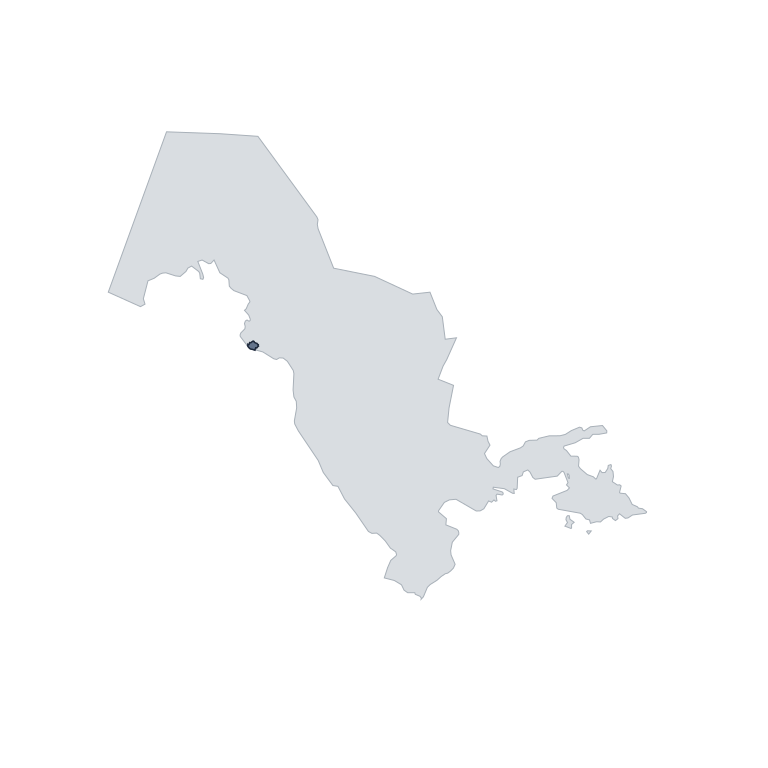 Yangiarik, Khorezm, Uzbekistan shown in context, rotated 20°
{"feature_id": "79887680B98987238414073", "entity_name": "Yangiarik", "entity_type": "district", "adm_level": 2, "iso_a3": "UZB", "parent_name": "Uzbekistan", "parent_adm1": "Khorezm", "projection": "mercator", "projection_center": [60.528, 41.31], "detail": "fine", "context": "in_parent", "style": "filled", "palette": "slate", "viewbox_px": 768, "rotation_deg": 20, "n_neighbors": 0, "source": "geoboundaries", "source_scale": "gbopen_adm2", "svg_char_len": 4265}
<svg xmlns="http://www.w3.org/2000/svg" viewBox="0 0 768 768"><g transform="rotate(20 384 384)"><path d="M592.6,353.6L603.5,348.3L609.4,351.8L610.0,353.8L603.3,357.7L597.4,359.9L595.6,364.8L589.7,366.9L583.8,373.8L574.5,380.7L574.4,382.2L575.2,383.3L578.2,384.1L584.3,387.9L590.2,385.8L591.7,386.2L593.2,388.5L594.9,394.7L597.5,396.4L606.0,399.6L612.4,399.6L615.5,400.9L616.1,400.4L616.5,391.1L619.2,392.7L622.1,391.5L623.2,386.9L622.6,383.8L624.8,382.1L625.8,383.3L626.0,386.0L629.1,387.9L631.3,392.5L632.0,397.7L637.9,399.1L640.0,398.1L641.7,398.7L642.4,405.3L643.3,405.8L648.4,404.5L653.2,407.3L658.4,412.3L664.2,412.7L665.5,413.6L669.6,412.8L674.4,414.2L674.6,415.0L673.8,416.1L662.3,422.1L659.1,426.4L656.6,427.7L649.7,425.4L648.6,428.0L649.9,430.5L648.2,433.2L644.7,432.2L644.0,430.9L640.5,431.6L636.5,435.9L634.6,439.6L630.9,440.7L625.7,444.3L623.6,441.4L619.9,441.8L615.0,438.8L612.6,438.3L590.5,442.1L588.8,441.5L586.4,436.6L581.0,434.0L581.1,431.5L592.5,421.3L593.8,418.2L590.0,416.4L590.6,413.7L583.3,405.4L582.0,404.9L581.0,405.2L578.3,411.3L558.6,421.8L555.8,420.9L551.4,416.9L548.5,415.6L545.0,418.9L545.1,422.8L541.5,425.9L544.8,436.5L544.5,437.9L541.9,438.3L543.8,442.3L542.2,442.7L532.9,441.2L522.0,443.6L522.3,445.3L532.0,445.0L533.3,445.7L533.6,447.1L533.0,447.9L527.9,448.8L527.4,450.4L530.1,455.1L528.8,456.1L527.0,455.3L525.5,458.3L522.3,458.1L520.5,467.1L517.8,470.3L514.1,471.8L491.1,467.7L485.1,470.5L481.2,474.6L478.6,484.4L478.9,485.5L488.7,489.2L490.3,495.2L502.1,495.6L504.1,496.6L505.1,498.1L505.7,499.7L502.3,509.3L503.6,517.8L505.5,521.7L512.5,529.1L512.2,533.2L510.6,536.8L508.6,539.9L506.5,541.3L503.6,545.3L501.0,550.2L496.0,556.6L494.3,560.2L493.8,570.5L492.5,573.6L492.3,572.4L490.5,571.2L485.3,570.9L484.3,569.6L477.6,572.0L473.4,570.9L469.1,566.7L460.9,565.1L450.6,566.1L450.2,555.4L450.7,547.4L454.2,541.1L454.1,539.9L452.4,537.7L446.1,536.0L438.8,531.0L431.9,527.7L428.1,526.6L423.7,528.5L419.8,527.9L401.6,514.9L386.2,505.5L375.7,495.9L370.7,496.9L357.2,487.9L348.4,478.4L319.5,457.3L313.8,452.1L312.4,449.4L310.1,436.3L307.5,430.3L303.8,427.0L300.6,420.7L295.8,405.1L294.1,402.3L285.4,395.7L280.4,394.1L276.7,395.2L274.7,397.7L271.8,398.0L259.1,395.3L245.1,396.5L232.7,388.5L232.0,387.2L232.0,385.0L234.4,379.7L233.9,377.4L232.2,374.9L232.2,372.2L233.4,370.7L235.7,371.2L236.5,370.2L236.2,368.8L233.3,365.5L227.7,362.5L228.8,360.4L229.1,355.3L229.9,352.6L229.2,351.6L224.9,347.8L211.1,347.6L207.8,346.5L205.2,345.0L202.6,339.2L201.2,337.9L191.7,335.6L181.9,325.6L180.0,330.0L178.1,330.9L170.7,329.7L167.1,332.5L176.1,342.7L178.1,345.7L178.0,347.6L175.4,347.9L173.0,343.0L171.5,341.7L162.9,339.0L160.1,342.1L159.4,346.0L155.7,352.6L151.3,353.7L141.0,354.1L137.9,355.6L135.8,357.4L131.9,363.2L126.9,367.8L128.7,386.2L132.1,390.7L128.7,394.6L93.5,392.0L93.4,221.4L144.3,204.9L180.8,194.4L263.8,250.0L265.8,252.2L266.8,256.9L269.0,260.7L297.1,292.4L338.3,286.1L380.2,289.7L395.8,282.0L408.2,295.9L415.8,300.9L426.2,321.0L436.3,315.8L434.6,339.6L433.4,346.9L433.2,361.0L449.8,361.5L453.3,384.2L456.9,398.4L460.5,400.1L491.7,398.1L494.0,399.1L498.5,397.7L501.3,402.2L504.5,405.2L502.2,415.0L506.1,418.9L514.7,423.5L520.0,423.4L521.0,421.7L520.7,419.4L519.5,417.0L519.6,414.1L520.4,412.0L525.6,404.6L534.1,397.3L536.0,394.6L536.7,390.0L539.7,387.3L547.0,384.4L548.1,382.1L557.0,376.2L567.0,372.5L571.6,369.4L576.0,363.7L582.5,357.7L584.9,357.6L586.7,359.5L588.2,359.6L592.6,353.6ZM590.5,409.3L589.3,406.4L587.7,405.4L587.0,405.8L589.5,409.4L590.5,409.3ZM609.2,455.8L602.6,455.7L603.8,451.4L601.4,449.3L600.9,447.1L601.4,445.1L603.1,444.4L605.0,447.5L610.0,448.9L608.3,451.9L609.5,455.1L609.2,455.8ZM629.0,451.2L627.7,455.1L624.9,453.4L625.3,452.4L629.0,451.2Z" fill="#d9dde1" stroke="#a8b0b8" stroke-width="1"/><path d="M242.7,394.6L243.2,395.1L244.0,395.7L245.0,396.2L245.6,396.5L246.1,396.7L246.8,396.8L248.7,396.4L249.4,396.5L250.8,396.4L251.2,396.4L251.2,396.2L250.7,395.7L251.4,394.7L251.1,393.8L252.3,393.3L252.5,392.4L253.1,391.3L252.5,390.9L252.4,390.0L251.7,390.0L250.8,389.3L249.4,389.4L248.0,389.2L247.4,388.5L246.7,388.6L246.3,388.4L245.8,389.2L245.2,389.8L245.0,390.5L244.4,390.9L243.6,391.0L243.7,393.1L243.3,393.5L242.5,393.2L242.7,394.5L242.7,394.6Z" fill="#64748b" stroke="#1e293b" stroke-width="1.5"/></g></svg>